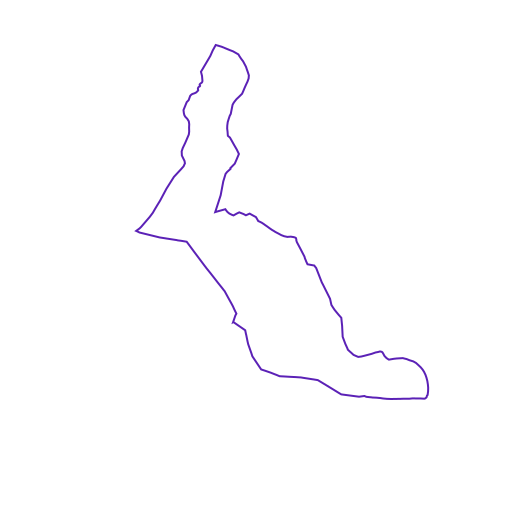 Ad Dohi, Al Hudaydah, Yemen (Equal Earth projection), rotated 242°
{"feature_id": "15242507B68430322217319", "entity_name": "Ad Dohi", "entity_type": "district", "adm_level": 2, "iso_a3": "YEM", "parent_name": "Yemen", "parent_adm1": "Al Hudaydah", "projection": "equal_earth", "projection_center": [43.199, 15.222], "detail": "fine", "context": "isolated", "style": "outline", "palette": "violet", "viewbox_px": 512, "rotation_deg": 242, "n_neighbors": 0, "source": "geoboundaries", "source_scale": "gbopen_adm2", "svg_char_len": 4097}
<svg xmlns="http://www.w3.org/2000/svg" viewBox="0 0 512 512"><g transform="rotate(242 256 256)"><path d="M208.3,204.7L208.3,205.0L195.5,211.6L193.1,210.9L191.4,210.4L191.2,210.4L184.8,208.5L181.8,207.7L172.5,206.3L169.1,205.7L153.4,207.3L150.5,210.1L146.1,214.2L143.4,216.5L141.1,218.5L139.6,219.7L138.7,220.5L136.6,224.0L133.0,229.9L130.5,234.1L128.2,237.8L127.8,238.5L125.8,241.1L122.9,245.0L120.5,248.2L120.3,248.5L117.4,252.3L114.4,254.1L105.5,259.4L103.3,260.7L98.0,263.8L93.8,266.3L85.1,278.5L83.4,280.9L83.2,281.4L81.5,286.0L80.6,286.7L79.8,287.4L77.7,290.5L77.4,291.0L76.1,292.8L75.9,293.2L74.5,295.6L72.2,299.1L70.6,301.2L68.5,304.4L66.4,308.0L64.6,311.5L62.0,316.6L60.7,319.3L59.3,321.9L57.9,324.6L56.8,327.3L54.9,330.8L54.3,331.9L53.3,333.8L51.0,337.6L50.8,338.0L51.0,339.7L51.3,340.4L51.7,340.7L52.5,341.5L52.6,342.1L52.9,342.4L55.7,344.4L58.9,346.2L62.0,347.5L65.2,348.6L68.6,349.4L71.8,349.9L72.9,349.9L74.6,350.0L77.4,349.8L80.3,349.2L83.6,348.1L86.4,347.1L89.1,345.4L91.9,342.6L94.3,340.6L95.6,339.1L96.9,337.7L98.6,334.0L99.5,332.0L100.5,329.5L102.0,325.0L102.2,324.6L104.6,323.3L107.4,322.5L110.1,322.5L111.6,322.4L112.4,322.0L113.5,320.7L113.9,318.8L114.7,316.2L115.3,312.2L116.9,305.4L117.8,301.8L118.9,298.9L120.1,297.9L122.9,295.7L126.6,294.4L127.0,294.2L130.2,293.1L131.2,293.3L136.3,293.6L144.0,294.6L153.8,299.2L161.4,302.3L165.1,301.4L168.5,300.7L171.6,300.1L174.6,299.8L177.4,299.6L183.5,301.3L183.9,301.3L199.4,301.7L200.3,301.7L201.7,301.7L201.8,301.7L217.2,303.5L219.2,303.1L220.2,303.0L224.5,297.6L225.0,297.6L228.2,297.8L228.6,297.9L231.0,298.1L232.2,298.4L232.8,298.5L241.5,298.6L245.8,298.6L249.0,298.6L250.8,298.9L251.5,299.3L253.0,299.7L253.6,299.4L254.4,298.8L254.7,298.4L254.8,298.3L255.1,298.0L256.6,296.0L256.7,295.9L258.1,292.8L258.1,292.7L259.7,290.8L260.3,290.1L262.6,288.1L265.5,286.2L268.1,284.4L269.9,283.4L271.3,282.5L274.0,281.1L276.9,279.7L279.8,278.2L280.1,278.1L282.7,276.7L285.2,274.9L285.6,274.5L285.7,274.4L288.7,274.3L290.4,274.2L294.2,271.7L296.4,270.3L296.7,266.2L298.9,264.7L302.4,261.7L302.5,259.0L302.4,255.2L303.5,254.2L306.0,252.4L307.9,251.6L308.9,251.3L310.7,251.0L311.7,250.9L313.5,242.7L313.9,240.6L326.2,253.3L337.2,262.1L340.8,265.7L342.8,267.7L343.8,270.0L344.9,274.4L345.6,274.6L347.5,280.6L350.6,284.5L354.1,288.8L359.0,289.0L364.1,288.8L369.0,288.7L372.8,288.6L375.3,287.6L376.1,287.9L379.0,289.2L382.1,290.4L384.7,291.9L387.5,293.9L389.9,296.3L392.1,298.6L393.3,300.4L400.5,306.3L401.5,307.8L402.3,309.3L403.6,312.3L404.6,315.9L405.8,319.9L407.6,322.2L409.9,325.0L412.0,327.7L412.3,328.1L414.0,330.4L416.3,332.9L418.2,334.1L418.8,334.5L422.1,335.1L424.9,335.5L427.2,335.9L428.0,336.0L430.9,336.0L433.7,336.0L434.0,336.0L437.0,335.5L440.0,335.2L442.3,335.1L447.5,331.8L450.0,329.6L456.9,323.9L457.6,323.2L461.2,319.5L457.8,314.3L454.1,309.6L452.0,306.2L444.5,293.9L440.4,292.9L437.1,291.5L435.7,290.9L435.0,290.3L434.6,289.7L434.4,288.6L434.3,287.7L433.9,286.8L433.6,286.6L433.0,286.5L432.5,286.5L432.2,286.1L432.2,285.3L432.1,284.6L431.8,284.1L431.4,283.5L430.7,283.1L430.2,283.0L429.5,282.8L429.2,282.3L428.8,281.0L428.5,280.1L428.5,278.6L428.7,277.0L428.9,276.1L428.9,275.3L428.7,274.2L428.3,273.1L426.7,271.3L425.3,269.8L424.8,268.4L424.4,267.1L418.9,260.5L416.1,259.4L414.2,258.9L412.3,258.9L409.4,259.7L406.5,259.9L404.8,259.3L403.7,258.9L400.8,257.2L397.2,255.4L394.8,253.7L389.1,246.6L385.7,242.0L383.3,239.5L379.5,237.7L373.4,237.5L371.1,236.7L370.4,235.7L369.2,234.2L367.8,230.5L364.4,220.7L360.4,213.7L357.5,208.6L349.9,197.3L347.5,193.2L345.4,189.7L344.8,188.7L342.6,185.2L340.4,180.5L335.6,168.2L335.0,166.1L334.7,164.0L334.4,162.0L333.9,162.4L331.4,164.2L318.1,179.1L317.8,179.4L314.5,183.8L312.9,185.9L312.7,186.2L308.5,191.8L307.4,193.3L306.5,194.3L304.6,197.0L301.3,201.3L301.1,201.5L297.9,202.0L288.4,203.4L282.7,204.3L271.7,206.0L269.4,206.4L268.6,206.5L261.3,207.9L260.7,208.0L256.2,208.8L255.6,208.9L250.4,209.8L242.4,211.3L241.6,211.4L239.7,211.8L231.0,211.9L230.8,211.9L225.3,212.0L222.3,212.0L219.5,211.8L214.3,211.6L213.2,209.9L208.3,204.7Z" fill="none" stroke="#5b21b6" stroke-width="2"/></g></svg>